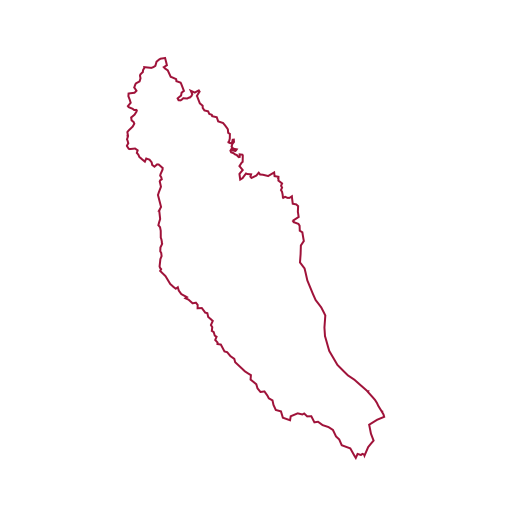 the district of Salayea, Lofa, Liberia, rotated 114°
{"feature_id": "62588387B29328841835384", "entity_name": "Salayea", "entity_type": "district", "adm_level": 2, "iso_a3": "LBR", "parent_name": "Liberia", "parent_adm1": "Lofa", "projection": "orthographic", "projection_center": [-9.631, 7.472], "detail": "fine", "context": "isolated", "style": "outline", "palette": "rose", "viewbox_px": 512, "rotation_deg": 114, "n_neighbors": 0, "source": "geoboundaries", "source_scale": "gbopen_adm2", "svg_char_len": 5738}
<svg xmlns="http://www.w3.org/2000/svg" viewBox="0 0 512 512"><g transform="rotate(114 256 256)"><path d="M148.4,339.2L148.2,339.5L147.9,340.2L148.4,345.3L145.2,348.3L146.1,352.9L145.0,353.8L145.2,356.5L143.9,357.9L143.3,358.6L143.6,360.2L144.0,362.3L143.1,363.8L142.4,364.9L142.0,365.1L140.4,365.9L139.9,367.6L139.4,369.4L133.9,374.9L133.8,375.1L129.8,374.6L128.8,374.4L128.0,375.6L129.6,376.9L131.6,378.4L131.6,382.2L131.6,382.8L133.3,380.9L134.1,380.0L134.5,380.0L136.5,380.1L137.3,380.7L138.2,380.9L138.7,381.8L140.1,382.9L141.3,386.1L141.4,386.6L143.5,387.5L144.5,388.2L145.2,390.1L143.9,391.7L142.6,391.1L140.1,389.8L139.9,389.7L138.8,390.0L137.0,390.4L134.5,389.0L134.1,389.4L129.2,394.3L128.3,395.4L128.6,399.1L128.7,399.8L126.9,400.9L126.9,405.0L127.0,406.8L122.6,411.8L122.3,412.1L122.2,412.7L121.7,415.4L121.0,417.0L120.6,416.7L119.4,416.0L118.0,415.0L116.5,416.1L112.1,419.6L112.5,420.2L112.9,420.8L114.6,423.5L115.1,423.8L115.7,424.3L118.9,425.9L123.1,425.3L123.3,425.3L125.2,426.6L126.7,428.1L127.1,429.3L128.5,433.6L128.6,433.9L128.9,434.9L129.6,434.5L132.0,434.8L134.1,434.2L135.1,434.7L137.0,435.4L137.2,435.5L138.5,435.3L140.6,433.8L142.8,433.5L143.5,433.4L143.9,433.4L147.0,435.8L147.8,436.0L148.8,436.0L151.2,435.8L151.6,435.8L152.2,434.7L153.7,432.4L154.3,432.6L156.3,433.4L159.0,437.9L159.4,438.5L161.9,437.6L163.5,436.0L164.6,434.9L167.0,432.8L171.2,434.0L171.8,432.9L171.8,431.5L171.7,428.7L172.2,426.6L171.2,424.8L171.2,424.7L171.5,424.1L172.7,423.9L175.3,424.3L176.2,424.4L179.1,425.8L180.2,426.4L182.7,424.8L183.3,422.5L183.3,422.4L184.6,421.0L184.8,421.0L188.0,421.3L188.9,421.7L190.2,422.2L192.1,423.0L192.3,423.1L194.5,423.8L194.9,423.9L195.1,423.9L195.9,423.4L197.8,422.1L198.1,422.4L198.6,422.2L198.9,421.6L201.9,421.3L202.7,420.4L205.0,418.5L205.6,418.6L207.8,418.8L208.0,418.7L209.8,415.9L209.7,414.9L207.6,411.2L207.0,410.2L207.6,407.1L210.3,406.8L211.2,404.8L213.0,402.8L213.4,401.4L213.6,400.5L213.8,400.2L214.3,398.4L215.0,395.9L211.6,395.9L211.6,395.5L211.3,392.5L212.2,390.7L212.9,389.4L215.0,387.9L215.7,385.1L212.5,383.6L212.3,382.9L212.0,382.1L213.4,377.6L213.5,377.1L215.1,376.5L217.8,376.5L220.1,376.5L221.1,376.3L221.6,376.2L222.6,374.6L224.3,373.3L225.8,374.3L226.7,374.3L227.0,374.3L230.3,371.8L231.4,371.0L236.9,370.7L237.3,370.7L238.8,370.5L240.1,370.4L249.8,362.7L253.9,363.0L253.8,362.8L254.1,362.8L255.9,361.7L261.2,358.6L264.7,358.2L267.6,357.7L268.7,355.4L271.7,353.3L276.1,351.3L277.9,350.5L279.4,349.1L281.6,347.6L282.3,347.4L283.0,346.7L284.2,346.7L287.0,346.8L290.6,345.4L291.8,343.8L293.5,342.8L294.3,342.3L294.5,342.2L295.0,342.2L297.7,342.1L301.1,341.0L304.6,339.9L304.8,339.8L305.8,338.9L306.6,337.3L308.6,337.5L309.4,335.4L311.2,330.5L316.5,322.9L317.1,320.9L317.8,318.9L318.5,316.0L316.8,314.9L316.4,314.7L319.0,312.5L321.2,308.7L321.7,302.4L323.3,303.3L323.3,300.0L323.5,299.3L325.0,294.7L323.1,291.9L324.4,289.4L327.5,288.1L325.6,284.3L327.9,280.2L328.4,279.4L328.0,277.2L331.1,274.9L332.9,269.1L337.4,269.1L338.8,267.0L342.4,265.9L342.7,263.7L345.5,261.3L345.8,259.2L349.3,259.1L350.7,255.9L352.1,255.4L351.2,252.1L356.0,246.0L355.6,243.2L357.9,238.6L358.8,234.0L361.5,231.8L361.8,230.9L365.9,219.2L366.5,215.5L366.9,212.2L371.1,210.7L373.0,203.6L376.3,200.8L378.4,196.6L376.3,193.2L378.9,188.8L380.8,186.4L381.2,182.2L384.9,179.5L388.6,175.3L387.8,170.0L392.8,165.7L392.2,158.1L388.3,159.1L383.1,154.2L382.8,153.9L381.9,149.2L380.3,147.9L381.7,144.0L379.9,140.3L384.2,135.0L382.2,131.9L383.4,126.4L382.8,120.2L383.6,115.0L388.3,109.5L389.7,105.4L394.0,100.7L393.4,91.6L398.4,84.9L399.9,82.7L395.5,82.7L395.1,79.2L393.5,78.3L393.4,76.4L394.2,75.7L384.9,75.8L380.1,74.5L377.2,73.6L376.8,73.5L371.6,78.7L367.2,81.8L364.1,84.0L356.3,78.7L350.8,73.5L349.2,74.8L348.8,75.2L347.1,77.6L346.9,77.5L346.7,77.5L346.7,78.1L345.6,79.8L343.1,83.4L341.1,85.7L339.1,88.7L337.6,91.9L335.9,95.7L334.8,98.2L334.1,98.4L334.5,98.8L333.9,100.1L331.9,106.5L331.6,107.6L329.0,115.8L328.1,121.0L327.7,123.4L325.5,129.3L322.4,137.3L313.0,150.4L312.2,151.1L309.5,153.4L305.5,156.7L301.8,159.8L301.3,160.3L293.5,164.4L282.1,168.5L281.9,168.8L280.6,170.3L276.5,175.4L274.2,179.5L272.0,183.6L267.5,188.6L257.4,199.2L251.1,203.9L247.6,206.6L244.0,213.2L236.2,216.0L228.1,219.3L222.9,218.4L217.8,221.8L215.5,223.3L215.4,224.2L215.1,226.3L212.2,227.7L210.6,228.5L209.4,230.3L209.7,234.7L209.8,235.3L209.5,235.5L209.2,236.1L208.9,235.8L208.2,236.3L203.0,232.9L199.4,235.2L198.7,235.7L193.3,237.8L192.5,240.3L193.0,242.3L193.3,243.7L188.0,246.9L186.9,247.5L188.8,248.7L189.3,249.1L190.1,250.9L190.1,251.8L190.1,253.5L191.2,254.3L191.7,254.7L191.5,254.9L191.6,255.2L189.0,256.7L186.7,258.4L185.6,260.0L183.4,260.0L182.9,260.0L182.6,260.4L181.7,261.6L180.5,261.7L179.1,261.7L178.9,262.5L178.0,266.2L176.3,266.9L176.1,267.3L175.7,267.2L174.5,267.7L174.9,269.3L175.5,271.5L173.5,272.7L172.3,273.4L177.8,277.3L178.0,277.4L179.0,282.9L179.9,285.4L179.0,287.0L178.9,287.2L178.8,287.4L182.4,288.4L183.1,289.0L185.5,291.0L186.5,291.9L185.8,293.4L183.4,293.7L184.7,297.4L184.7,297.9L184.7,298.7L188.6,299.6L190.2,299.9L191.3,300.6L192.6,301.5L187.8,304.5L186.2,304.1L182.9,303.1L182.7,303.5L180.6,307.7L176.7,307.1L175.4,306.5L169.9,308.8L169.5,309.0L169.0,309.6L169.8,312.3L172.1,311.2L172.7,311.9L172.2,313.5L171.6,314.4L171.6,315.0L171.7,316.4L171.2,318.4L171.3,319.6L171.4,320.9L170.2,322.2L167.9,321.9L168.3,321.4L169.0,320.4L168.7,318.8L168.5,317.6L167.6,317.2L166.4,317.0L166.7,318.2L167.2,320.4L166.0,322.8L163.3,323.2L160.7,322.5L159.9,323.0L158.7,323.6L159.3,324.6L162.2,324.0L162.9,324.2L162.9,324.7L163.4,325.3L163.4,327.0L162.9,327.1L162.9,327.4L162.4,327.2L159.4,327.7L155.1,329.5L154.8,331.5L151.8,333.2L151.2,334.0L149.2,337.5L148.4,339.2Z" fill="none" stroke="#9f1239" stroke-width="2"/></g></svg>